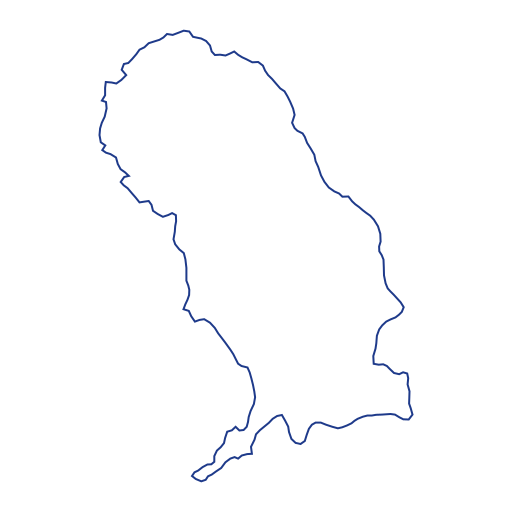 outline of Juramento, Minas Gerais, Brazil
{"feature_id": "56859067B1388258583014", "entity_name": "Juramento", "entity_type": "district", "adm_level": 2, "iso_a3": "BRA", "parent_name": "Brazil", "parent_adm1": "Minas Gerais", "projection": "equal_earth", "projection_center": [-43.566, -16.852], "detail": "fine", "context": "isolated", "style": "outline", "palette": "blue", "viewbox_px": 512, "rotation_deg": 0, "n_neighbors": 0, "source": "geoboundaries", "source_scale": "gbopen_adm2", "svg_char_len": 3258}
<svg xmlns="http://www.w3.org/2000/svg" viewBox="0 0 512 512"><path d="M136.3,54.2L132.0,59.2L128.3,63.0L123.9,64.0L121.7,69.8L126.2,75.1L121.3,80.0L116.3,83.5L111.6,82.5L105.8,82.0L105.1,87.8L105.1,95.3L101.9,100.6L106.0,102.0L106.6,108.4L104.7,116.7L101.8,122.8L100.1,128.4L99.5,135.1L100.8,142.3L105.3,145.4L102.3,150.1L106.0,152.7L110.5,154.1L116.0,157.5L117.8,164.0L120.6,169.2L125.1,172.4L128.8,175.9L124.2,177.0L120.7,182.0L123.7,185.3L127.6,188.2L132.1,193.5L135.6,197.5L139.5,202.4L144.6,201.6L148.7,201.0L151.5,204.8L153.0,210.8L157.7,214.0L162.9,216.8L168.3,215.0L172.1,213.1L175.9,215.2L176.1,221.3L175.2,226.2L174.8,231.8L173.5,239.3L175.2,244.3L179.3,249.4L183.8,253.1L185.4,259.3L186.4,267.9L186.4,274.3L186.4,280.7L188.3,285.6L189.3,289.8L189.1,295.1L187.5,299.7L185.3,304.4L183.5,309.2L188.8,310.9L191.2,316.2L194.9,321.6L199.6,319.9L204.2,319.2L210.0,322.7L214.8,327.9L218.2,333.4L221.3,337.4L225.1,342.4L230.3,349.6L233.3,354.2L235.7,359.0L238.1,363.7L241.5,366.0L247.5,367.5L249.7,372.5L251.4,378.5L253.0,384.9L254.3,391.5L255.1,397.2L253.9,404.0L250.6,411.0L248.7,417.0L248.0,422.0L246.7,426.8L243.6,430.0L239.4,430.5L235.6,426.8L231.9,430.3L227.2,431.7L225.1,438.0L224.0,443.1L220.8,447.1L216.9,450.6L214.3,456.1L214.3,461.8L211.3,464.3L207.4,464.5L202.6,467.1L198.1,470.6L194.5,472.3L192.0,476.0L195.8,479.0L201.3,481.3L205.7,479.8L208.0,476.3L211.7,474.6L215.8,471.6L221.2,468.0L225.4,462.3L230.3,458.6L234.6,457.1L238.1,458.6L241.8,455.5L247.1,454.1L251.9,453.8L251.0,446.8L254.5,439.7L256.0,434.3L260.0,430.1L265.0,426.0L268.9,422.8L272.7,418.8L277.1,416.0L281.9,415.0L285.2,420.8L288.2,426.6L289.0,432.0L291.4,438.9L295.6,442.9L300.5,444.0L304.8,441.0L306.8,434.6L308.9,428.8L311.9,424.7L315.6,422.6L320.8,422.6L326.0,424.7L332.4,426.8L337.9,428.3L342.2,427.3L346.9,425.5L351.5,423.3L354.5,420.8L357.7,418.8L362.9,416.7L367.5,415.5L372.0,415.5L376.1,414.8L381.7,414.6L386.0,414.3L390.5,414.0L395.0,414.6L399.4,417.3L403.3,419.3L408.7,419.5L412.5,414.6L410.7,408.2L409.1,403.6L409.3,398.0L409.5,391.3L407.6,384.4L408.2,378.2L407.2,373.5L403.1,372.3L399.2,374.2L394.0,373.0L389.7,368.9L386.9,366.0L383.2,364.3L378.7,364.7L373.7,363.8L373.3,356.0L375.5,348.7L376.3,343.4L376.9,335.7L379.2,329.4L382.2,325.4L386.2,321.6L390.6,319.4L395.5,317.4L399.0,314.7L401.8,311.9L403.7,307.2L400.7,302.4L396.8,298.1L393.6,294.6L390.4,291.4L387.7,288.4L385.6,283.3L384.0,275.4L383.8,267.3L383.5,259.6L381.7,255.1L379.3,251.3L379.1,246.5L380.6,241.6L380.3,233.8L378.0,226.3L373.9,219.7L370.2,215.7L366.1,212.8L362.6,210.1L359.0,207.0L355.3,204.3L352.1,201.3L348.4,196.5L342.4,196.7L339.1,193.5L334.3,191.4L328.8,187.5L324.4,181.8L321.0,175.4L318.2,166.9L315.6,161.2L314.3,154.7L310.6,148.4L307.1,142.9L304.8,136.9L302.6,133.4L297.4,130.8L294.6,128.1L292.1,122.8L294.6,114.9L293.1,108.6L290.1,101.6L287.5,96.4L284.5,91.3L280.2,88.4L275.6,83.1L272.1,79.0L268.1,75.1L265.1,70.7L262.9,65.6L258.2,62.0L252.3,62.3L246.5,59.3L242.2,57.3L238.1,54.8L234.2,51.5L229.9,53.6L225.5,55.5L220.2,54.7L214.9,55.0L211.7,51.5L210.0,45.5L206.1,41.0L201.2,38.5L197.2,37.7L193.0,36.8L189.3,31.5L183.7,30.7L178.3,32.8L172.7,34.9L167.0,34.0L163.4,37.5L159.5,39.8L154.7,41.3L148.7,43.2L144.4,47.3L139.5,49.7L136.3,54.2Z" fill="none" stroke="#1e3a8a" stroke-width="2"/></svg>